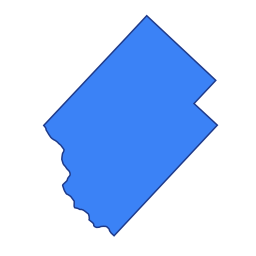 the district of Cedar, Nebraska, United States of America, rotated 223°
{"feature_id": "52423323B30279886112519", "entity_name": "Cedar", "entity_type": "district", "adm_level": 2, "iso_a3": "USA", "parent_name": "United States of America", "parent_adm1": "Nebraska", "projection": "mercator", "projection_center": [-97.262, 42.61], "detail": "fine", "context": "isolated", "style": "filled", "palette": "blue", "viewbox_px": 256, "rotation_deg": 223, "n_neighbors": 0, "source": "geoboundaries", "source_scale": "gbopen_adm2", "svg_char_len": 1063}
<svg xmlns="http://www.w3.org/2000/svg" viewBox="0 0 256 256"><g transform="rotate(223 128 128)"><path d="M96.3,222.7L190.9,222.9L190.9,191.2L191.4,72.4L189.0,72.1L187.5,71.6L186.7,70.8L181.6,69.3L178.0,68.5L176.3,68.5L174.3,68.8L172.6,69.3L169.7,69.6L168.3,69.4L165.5,69.6L160.2,68.6L159.4,67.7L158.7,66.0L158.7,65.3L158.3,64.4L156.6,61.9L155.0,59.9L152.4,58.4L151.4,57.8L150.6,57.5L149.2,57.2L147.5,57.1L145.0,56.5L141.5,56.3L140.4,55.9L138.9,54.9L138.5,54.4L138.1,53.5L137.9,50.9L137.6,49.8L136.8,48.1L136.7,47.4L137.0,42.3L136.6,41.4L133.0,39.4L131.4,38.7L128.5,37.9L127.7,37.9L126.3,38.4L123.3,38.9L117.4,37.8L114.1,34.1L112.8,33.4L112.3,33.5L111.6,34.0L109.8,35.0L108.0,35.5L107.5,35.7L106.9,36.4L106.3,36.8L104.9,37.4L103.5,37.7L98.6,38.1L98.0,38.0L96.1,36.8L94.3,35.1L93.9,34.3L89.3,34.6L87.8,34.4L86.4,33.3L85.4,33.1L84.0,33.5L83.0,34.0L81.4,35.8L80.9,36.8L80.7,37.4L79.0,39.3L77.1,40.9L76.2,41.3L73.5,41.3L72.4,41.0L71.8,40.5L71.0,40.2L68.6,39.7L64.7,39.7L64.6,191.0L96.4,190.9L96.3,222.7Z" fill="#3b82f6" stroke="#1e3a8a" stroke-width="1.5"/></g></svg>